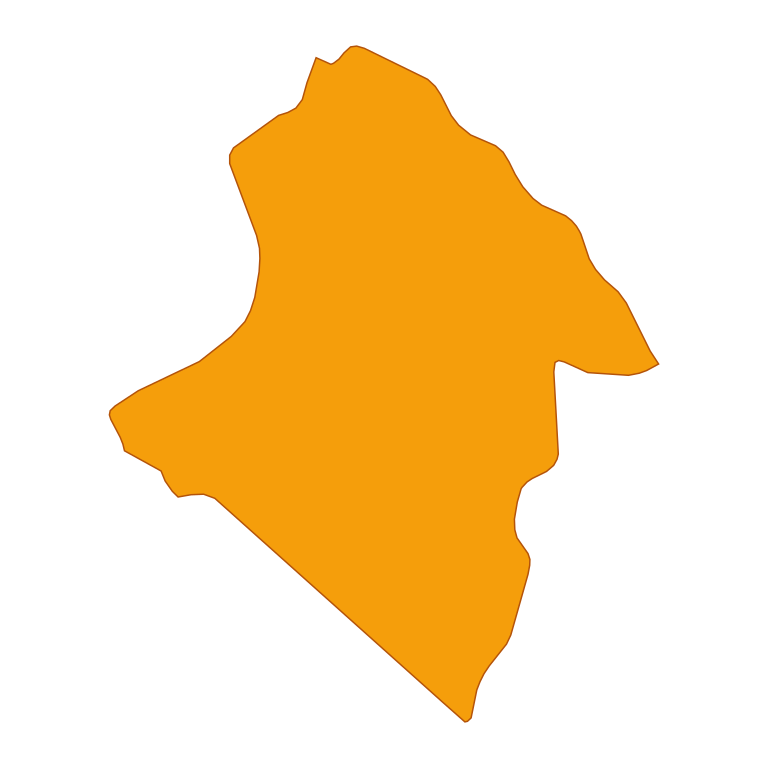 an SVG outline of Western Highlands
{"feature_id": "PNG-1247", "entity_name": "Western Highlands", "entity_type": "Province", "adm_level": 1, "iso_a3": "PNG", "parent_name": "Papua New Guinea", "parent_adm1": "", "projection": "equal_earth", "projection_center": [144.47, -5.822], "detail": "fine", "context": "isolated", "style": "filled", "palette": "amber", "viewbox_px": 768, "rotation_deg": 0, "n_neighbors": 0, "source": "natural_earth", "source_scale": "10m", "svg_char_len": 1318}
<svg xmlns="http://www.w3.org/2000/svg" viewBox="0 0 768 768"><path d="M356.7,46.1L364.3,48.3L427.6,79.3L435.3,86.5L440.8,94.9L451.3,115.7L458.6,125.2L470.5,134.9L495.6,145.8L503.1,152.2L509.0,161.9L515.2,174.5L522.8,186.8L533.0,198.5L541.7,205.2L565.7,215.9L571.7,220.8L576.4,226.2L579.3,231.0L580.9,234.1L589.2,258.8L595.5,269.4L604.5,279.9L618.1,291.8L626.3,303.0L650.2,351.1L658.6,364.0L646.7,370.5L639.3,373.2L628.5,375.3L587.8,372.6L564.2,361.9L558.7,360.5L555.0,362.4L553.8,371.9L558.3,454.1L557.0,459.3L553.7,465.3L546.6,471.4L532.2,478.5L527.1,481.9L522.0,487.4L521.1,488.8L517.3,502.0L514.4,519.2L514.8,529.7L517.0,537.9L528.0,553.6L529.9,559.4L529.7,565.3L528.0,574.3L510.8,635.0L506.5,644.1L489.3,665.8L484.0,673.7L480.0,681.7L476.8,689.9L471.1,717.9L467.5,721.3L464.9,721.9L442.9,702.4L214.8,498.3L203.6,494.2L191.1,494.7L178.1,497.0L172.4,491.4L165.2,481.1L161.1,471.0L124.5,450.8L122.9,444.1L120.2,437.3L110.8,419.4L109.4,414.9L110.2,410.7L115.1,406.0L138.3,390.7L199.3,361.6L231.3,336.4L245.0,321.6L250.5,310.7L254.8,297.4L259.1,271.8L259.9,258.5L259.5,248.3L256.6,235.5L229.7,163.6L229.7,155.1L233.5,147.9L278.6,115.4L287.8,112.5L295.9,108.1L302.3,99.6L307.0,82.7L316.1,57.7L330.9,64.3L333.5,63.3L339.0,59.1L344.1,52.8L350.6,46.9L356.7,46.1Z" fill="#f59e0b" stroke="#b45309" stroke-width="1.5"/></svg>